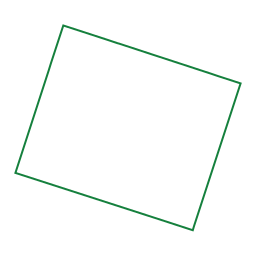 Rock, Minnesota, United States of America (orthographic projection), rotated 108°
{"feature_id": "52423323B22497914926467", "entity_name": "Rock", "entity_type": "district", "adm_level": 2, "iso_a3": "USA", "parent_name": "United States of America", "parent_adm1": "Minnesota", "projection": "orthographic", "projection_center": [-96.325, 43.675], "detail": "fine", "context": "isolated", "style": "outline", "palette": "green", "viewbox_px": 256, "rotation_deg": 108, "n_neighbors": 0, "source": "geoboundaries", "source_scale": "gbopen_adm2", "svg_char_len": 374}
<svg xmlns="http://www.w3.org/2000/svg" viewBox="0 0 256 256"><g transform="rotate(108 128 128)"><path d="M50.8,34.7L50.8,58.4L50.7,65.8L50.6,120.1L50.6,127.9L50.5,162.7L50.6,164.0L50.5,174.3L50.5,174.9L50.5,221.2L90.1,221.3L97.5,221.2L145.2,221.2L149.1,221.2L205.5,221.2L205.2,81.8L205.2,34.8L200.5,34.9L50.8,34.7Z" fill="none" stroke="#15803d" stroke-width="2"/></g></svg>